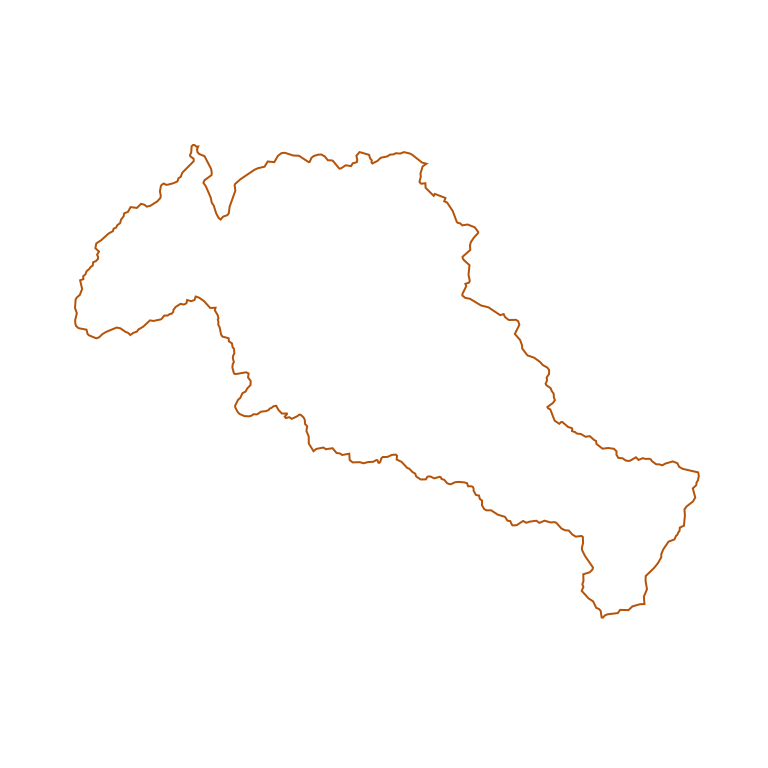 the district of Mae Tha, Lamphun, Thailand, rotated 79°
{"feature_id": "78962969B72300277580274", "entity_name": "Mae Tha", "entity_type": "district", "adm_level": 2, "iso_a3": "THA", "parent_name": "Thailand", "parent_adm1": "Lamphun", "projection": "albers", "projection_center": [99.085, 18.376], "detail": "fine", "context": "isolated", "style": "outline", "palette": "amber", "viewbox_px": 768, "rotation_deg": 79, "n_neighbors": 0, "source": "geoboundaries", "source_scale": "gbopen_adm2", "svg_char_len": 6160}
<svg xmlns="http://www.w3.org/2000/svg" viewBox="0 0 768 768"><g transform="rotate(79 384 384)"><path d="M224.2,662.5L233.2,662.2L238.5,665.6L240.5,669.1L242.2,670.6L250.5,672.8L255.9,672.0L262.4,675.0L266.2,675.5L268.4,675.1L270.9,673.2L273.9,665.7L278.3,665.4L279.8,664.5L284.3,657.7L283.8,654.7L281.3,650.9L279.8,646.7L277.6,635.7L279.0,632.2L283.5,627.8L285.0,625.4L287.5,623.7L286.0,620.4L285.4,616.5L283.7,614.8L281.7,609.3L276.9,601.6L278.1,598.4L278.0,591.0L277.6,589.8L274.9,586.7L275.5,583.3L274.4,580.9L274.5,578.9L272.9,577.1L270.9,576.4L268.6,573.8L266.5,568.5L267.8,565.4L267.5,563.7L266.7,562.3L264.0,561.2L265.9,557.5L265.4,554.0L262.2,552.2L264.0,549.0L268.1,545.0L276.2,540.1L277.0,534.8L279.4,536.0L284.7,534.1L288.1,534.0L288.8,534.8L291.8,534.7L293.9,535.4L297.3,534.5L304.3,534.5L306.6,533.6L309.4,527.8L312.5,528.1L315.1,525.5L319.0,525.6L320.7,524.6L325.2,525.0L327.5,526.7L329.9,527.5L333.8,527.2L335.9,528.8L339.0,529.7L344.6,529.3L345.5,528.8L346.0,527.1L346.2,517.1L347.9,514.9L351.6,516.2L355.6,514.3L359.5,515.2L362.2,519.0L365.0,521.3L366.0,524.7L370.2,527.7L371.6,530.2L376.9,534.3L378.3,534.5L383.2,533.1L385.8,531.6L388.9,527.1L390.0,522.5L389.8,520.1L388.8,517.9L389.6,514.3L387.7,510.1L388.1,505.1L387.5,502.2L386.3,500.8L386.0,499.0L384.8,496.8L384.8,494.0L389.2,492.6L393.5,489.9L394.4,485.0L395.1,485.0L397.1,487.7L398.7,486.9L398.5,483.3L400.6,481.2L399.1,475.4L397.9,472.9L398.4,471.6L401.2,469.5L403.9,468.6L408.3,469.1L410.7,467.5L415.3,469.1L421.3,467.9L428.1,469.2L436.5,466.0L434.8,462.9L434.8,455.6L436.9,453.6L437.2,446.8L442.7,443.7L443.7,440.6L445.7,438.6L445.8,431.4L452.1,432.2L455.0,429.7L456.1,422.7L457.9,419.3L457.6,414.5L458.3,409.4L457.2,406.0L457.6,405.0L460.2,404.5L460.5,403.7L459.6,402.4L456.4,400.8L455.4,399.1L456.3,394.7L455.1,389.8L455.6,385.8L457.0,384.9L460.5,386.0L463.8,381.6L471.0,377.1L471.9,375.4L475.8,372.9L477.9,370.5L481.0,370.0L484.7,366.2L485.6,361.0L483.5,359.3L483.2,358.2L483.6,356.1L486.2,352.8L485.7,347.0L486.4,346.1L488.2,345.6L489.6,343.1L493.4,341.0L494.7,339.0L495.1,337.3L494.0,333.1L494.3,329.4L496.0,323.7L497.3,321.4L500.4,321.0L501.2,317.4L502.1,316.4L503.6,316.0L505.9,316.4L510.5,314.9L511.6,312.0L515.0,311.9L517.2,310.0L521.7,311.0L525.9,309.5L527.6,307.5L528.4,303.0L534.0,297.2L537.5,290.6L541.7,288.9L542.7,286.2L546.6,285.3L547.4,284.5L547.9,280.7L545.0,273.6L547.4,270.8L546.9,267.4L547.3,260.5L550.0,258.0L548.8,252.5L551.7,246.9L552.1,243.2L553.0,241.4L559.7,237.4L562.1,234.3L563.1,230.6L567.6,227.9L570.4,224.9L570.9,219.1L572.0,218.0L578.1,218.9L582.5,221.0L584.6,221.3L590.9,219.6L604.0,213.9L605.9,214.7L608.1,218.1L608.8,224.7L615.5,225.8L618.4,227.5L621.3,227.0L624.8,229.4L633.5,224.1L637.3,220.2L644.2,218.4L645.9,215.9L648.1,214.6L654.7,214.9L655.1,213.7L653.3,211.3L652.7,208.4L653.5,198.2L650.8,195.3L652.6,187.1L649.7,182.6L649.0,174.7L649.7,170.3L642.4,169.5L635.6,165.0L627.2,164.8L622.5,163.8L616.1,154.0L612.1,149.2L607.0,144.9L603.8,144.2L599.5,141.3L593.0,134.7L592.0,128.6L588.7,126.2L588.0,124.8L586.0,123.6L584.7,122.0L581.4,121.0L580.3,116.6L570.4,113.7L564.5,113.0L562.0,110.5L558.3,103.1L554.8,100.1L545.4,100.8L542.9,96.8L540.2,95.9L538.6,94.3L534.4,92.5L530.7,92.5L524.3,107.0L521.6,110.1L517.8,111.1L515.1,115.2L515.8,123.0L516.9,126.4L515.5,128.9L514.7,132.2L510.7,135.8L508.9,136.5L508.0,138.0L507.4,141.8L506.2,144.1L507.1,148.6L504.0,150.7L506.2,156.9L506.2,158.6L505.3,161.2L502.4,164.1L501.2,168.1L497.7,169.3L494.5,168.6L491.5,170.6L489.6,176.1L489.2,181.8L483.4,186.9L480.4,186.7L478.9,188.6L474.5,191.9L474.2,196.3L470.7,200.2L469.4,204.2L467.7,205.6L466.1,208.4L464.1,207.8L463.1,208.1L461.4,211.4L455.4,216.2L455.1,217.2L456.5,219.5L452.6,223.5L440.7,225.6L439.1,227.6L437.8,228.0L434.8,221.7L432.4,219.3L429.8,219.8L425.7,219.3L423.2,220.6L419.8,221.3L416.1,224.9L414.5,225.3L411.7,223.3L408.6,223.1L405.9,220.2L401.9,219.2L399.1,220.5L395.6,224.6L392.4,226.4L386.8,231.6L383.3,237.7L375.7,241.5L371.9,241.2L366.8,242.0L359.8,246.0L351.7,239.8L348.0,240.3L346.2,242.2L345.1,248.8L344.4,249.9L341.2,252.5L338.2,253.2L338.6,256.8L328.6,266.9L325.5,273.7L316.7,283.4L315.0,287.8L312.1,290.2L310.7,289.9L303.6,284.6L301.2,285.0L300.7,281.3L299.2,280.1L292.8,280.2L283.7,277.4L277.5,282.0L275.3,282.8L274.1,282.6L268.9,273.8L264.3,273.1L261.3,271.7L257.9,268.3L253.7,262.8L252.8,262.5L247.4,265.1L243.4,271.5L243.2,276.9L240.8,278.6L240.0,280.7L238.9,281.6L227.4,283.5L217.9,287.4L216.2,290.0L213.1,288.2L207.1,297.9L208.8,299.3L199.4,305.7L194.8,305.1L194.5,309.3L193.6,310.0L192.3,310.6L187.5,308.3L184.5,308.1L177.8,304.6L175.9,300.3L173.9,304.4L164.2,312.7L162.6,314.8L160.2,320.2L160.9,324.2L159.7,328.3L160.4,330.6L160.0,334.5L161.2,337.2L161.3,344.0L163.8,347.9L165.3,353.3L164.1,354.0L162.1,353.3L159.8,354.6L156.2,354.9L151.7,363.7L154.6,367.5L158.9,367.5L161.1,368.4L161.4,372.6L163.8,374.7L162.0,379.9L164.1,385.0L164.1,386.7L155.2,391.6L154.4,392.9L153.7,396.4L149.2,398.8L146.8,401.7L146.3,404.7L146.8,409.4L148.1,412.0L151.9,414.7L151.9,415.5L143.7,424.0L142.4,429.5L138.1,437.2L137.8,440.5L139.7,444.5L145.3,449.4L143.4,455.7L147.9,459.8L148.1,466.5L149.0,470.3L155.6,485.8L159.3,492.1L160.4,492.7L165.8,493.0L180.5,501.7L186.8,503.8L188.4,505.6L189.0,510.0L191.4,513.0L189.3,514.7L184.3,516.2L176.3,517.1L173.1,518.5L168.1,518.5L164.4,519.3L155.8,521.2L152.1,522.9L149.7,521.3L146.1,513.5L143.5,512.7L139.8,512.7L126.1,516.7L122.9,521.6L120.9,522.8L118.0,522.8L115.4,521.1L115.2,522.9L113.3,524.4L112.9,525.8L114.0,527.5L119.7,529.0L122.5,530.8L123.7,530.6L126.5,527.9L129.0,528.3L138.1,541.7L141.8,543.9L142.8,546.5L145.7,548.1L146.7,552.3L147.1,558.3L146.9,559.9L145.2,561.9L146.0,564.2L147.3,565.3L152.1,567.2L156.8,567.2L158.8,568.1L161.5,571.8L164.5,579.4L164.6,583.1L162.3,585.0L160.8,588.1L164.0,593.0L162.0,599.0L166.2,602.5L166.9,606.5L169.7,607.6L172.5,610.8L175.6,612.2L177.3,615.6L179.3,617.0L180.0,619.8L182.2,620.9L183.8,625.8L188.8,634.0L191.1,639.6L195.6,641.4L199.6,638.5L202.4,641.0L204.7,640.4L206.5,640.8L208.5,643.5L208.9,646.2L212.2,647.4L213.1,649.6L214.8,651.3L216.6,654.5L219.3,656.1L220.8,658.7L223.7,659.1L224.2,662.5Z" fill="none" stroke="#b45309" stroke-width="2"/></g></svg>